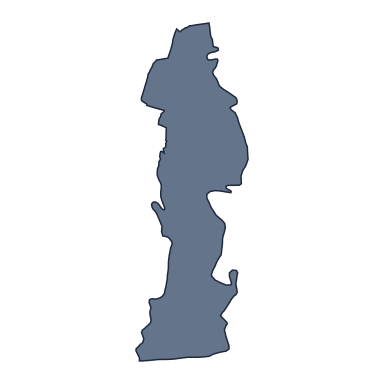 Moskva, Chuy, Kyrgyzstan (Robinson projection)
{"feature_id": "92254566B97912896039768", "entity_name": "Moskva", "entity_type": "district", "adm_level": 2, "iso_a3": "KGZ", "parent_name": "Kyrgyzstan", "parent_adm1": "Chuy", "projection": "robinson", "projection_center": [74.071, 42.777], "detail": "fine", "context": "isolated", "style": "filled", "palette": "slate", "viewbox_px": 384, "rotation_deg": 0, "n_neighbors": 0, "source": "geoboundaries", "source_scale": "gbopen_adm2", "svg_char_len": 3609}
<svg xmlns="http://www.w3.org/2000/svg" viewBox="0 0 384 384"><path d="M226.6,322.1L220.5,315.8L222.3,312.6L224.3,310.6L225.9,308.1L227.6,305.5L229.5,302.5L231.6,298.9L234.1,295.9L235.9,294.7L237.2,292.3L236.7,288.6L235.8,283.8L236.6,279.0L236.9,276.2L237.7,272.7L236.3,270.4L232.4,270.1L229.4,273.0L229.4,276.4L231.5,283.1L230.7,284.9L226.1,285.1L219.4,282.3L215.2,280.1L211.5,275.9L211.6,273.7L212.8,270.4L215.1,266.0L216.7,261.9L219.5,257.1L220.9,255.4L221.4,252.7L222.4,244.2L222.6,238.1L224.4,231.7L225.4,227.4L224.6,223.2L221.9,220.2L216.1,215.2L213.8,211.5L211.3,207.8L209.1,202.6L206.8,198.0L206.9,194.2L210.1,191.5L215.2,190.6L219.8,190.9L225.2,191.8L230.9,192.7L231.2,191.3L230.2,190.5L227.1,188.9L225.9,187.6L226.2,186.1L227.8,185.4L231.2,185.3L234.9,185.3L239.3,185.2L241.4,183.7L241.0,176.1L242.8,170.4L245.7,165.9L248.0,159.5L247.3,146.8L245.7,142.8L244.2,136.7L239.0,123.2L237.4,117.6L235.2,112.9L231.1,109.7L230.0,107.8L231.5,106.5L234.7,105.0L236.7,103.8L237.2,101.6L236.8,99.4L235.6,97.4L227.5,91.8L224.1,89.8L224.0,89.7L219.6,86.3L216.6,79.0L214.0,75.7L213.2,74.4L212.6,72.1L213.6,69.9L215.4,67.8L216.6,65.3L216.8,64.1L217.5,62.3L217.9,60.3L217.3,59.1L215.6,59.0L211.6,59.9L208.7,60.0L207.2,58.7L206.9,56.8L207.2,55.2L208.1,54.0L209.5,53.1L212.1,52.3L215.4,51.7L218.2,50.3L218.4,49.1L217.9,47.9L215.7,47.1L213.5,46.7L212.9,44.1L212.3,39.2L210.9,37.0L210.1,31.6L209.7,27.3L209.0,23.0L206.8,23.3L206.2,23.5L201.8,24.1L201.5,24.1L198.8,24.5L197.1,24.7L195.8,24.9L194.2,25.2L190.8,25.8L190.2,25.7L189.9,25.7L186.5,27.7L186.5,27.9L186.2,27.9L185.7,27.7L185.4,27.8L183.1,29.4L182.9,29.4L182.3,29.7L181.2,30.8L180.6,31.3L179.6,31.7L177.5,29.8L176.7,29.0L175.3,32.2L174.5,34.3L172.9,39.9L172.3,44.0L170.7,49.8L169.9,52.4L168.6,55.6L168.0,58.1L159.1,59.7L156.6,59.9L154.6,62.4L153.4,63.3L152.5,65.8L151.5,68.0L150.4,69.7L149.1,72.8L148.3,73.5L148.0,75.1L147.5,77.8L146.1,82.7L145.1,85.9L144.2,89.1L143.5,91.2L142.7,94.1L141.5,97.6L141.4,100.2L142.1,101.1L146.8,104.1L146.8,105.4L152.6,107.2L159.7,109.2L164.1,110.4L164.0,111.6L161.1,113.9L160.5,116.9L159.4,118.4L159.0,119.5L158.4,124.4L162.1,125.8L165.9,127.6L166.3,128.0L166.2,130.3L166.1,133.9L166.0,136.3L166.0,139.3L165.8,140.4L166.7,140.9L165.8,143.3L165.8,146.9L163.3,148.7L164.0,153.0L162.7,151.9L162.0,151.4L160.7,151.5L160.1,153.6L159.7,156.7L160.4,158.7L160.3,159.5L158.9,161.7L158.9,163.9L158.6,166.1L157.5,168.8L157.2,172.8L157.3,175.5L158.5,178.7L159.1,180.3L160.3,182.3L161.3,185.1L161.2,188.2L160.7,192.9L160.9,197.1L161.4,198.8L162.5,202.1L163.2,204.0L164.2,206.2L164.7,208.5L164.3,209.7L162.3,209.3L159.7,205.7L158.0,203.4L155.3,201.9L153.1,202.2L151.6,204.1L151.9,206.6L152.8,208.8L154.8,210.9L156.5,213.2L158.3,217.4L159.8,220.9L162.1,226.7L161.8,228.2L161.6,231.7L162.7,235.9L167.7,237.0L169.4,238.5L171.3,241.1L172.3,243.0L171.8,245.1L170.6,247.9L169.9,252.3L169.3,254.9L168.5,261.4L168.3,269.3L167.4,275.4L167.2,279.2L166.0,286.2L165.0,290.0L164.6,293.1L162.2,296.5L159.6,298.0L156.1,299.1L152.6,298.8L150.6,299.1L149.5,299.8L149.1,302.5L150.3,305.7L150.9,307.7L150.0,311.4L149.9,313.8L150.5,316.8L151.1,320.6L150.3,323.0L147.5,325.7L144.5,328.5L142.6,329.9L141.5,332.4L142.6,335.5L143.6,338.2L143.6,340.1L142.5,342.9L140.3,344.4L138.4,346.6L136.1,348.8L136.0,350.9L138.2,355.3L139.5,358.1L139.4,360.9L140.5,361.0L148.4,360.5L158.2,359.5L167.6,359.4L174.4,359.0L181.6,358.0L188.3,357.2L196.5,357.3L204.0,356.9L209.4,356.2L212.8,354.3L218.1,352.7L222.1,351.8L226.1,351.1L229.0,349.0L228.9,345.5L227.1,340.0L226.0,336.7L224.4,329.6L226.1,325.4L227.3,323.8L226.6,322.1Z" fill="#64748b" stroke="#1e293b" stroke-width="1.5"/></svg>